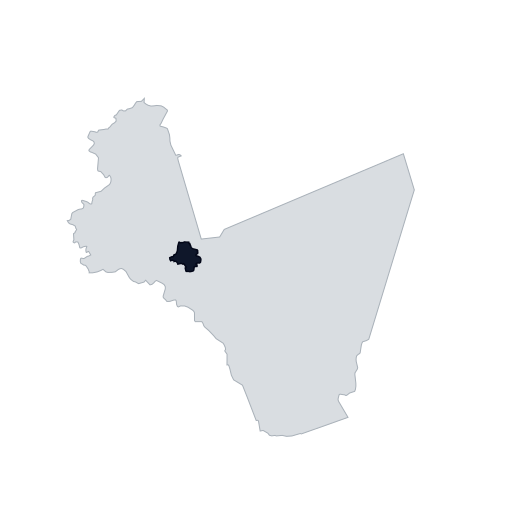 location of Tenenkou, Mopti, Mali, rotated 73°
{"feature_id": "8926073B19754802458169", "entity_name": "Tenenkou", "entity_type": "district", "adm_level": 2, "iso_a3": "MLI", "parent_name": "Mali", "parent_adm1": "Mopti", "projection": "albers", "projection_center": [-4.939, 14.587], "detail": "fine", "context": "in_parent", "style": "filled", "palette": "ink", "viewbox_px": 512, "rotation_deg": 73, "n_neighbors": 0, "source": "geoboundaries", "source_scale": "gbopen_adm2", "svg_char_len": 5266}
<svg xmlns="http://www.w3.org/2000/svg" viewBox="0 0 512 512"><g transform="rotate(73 256 256)"><path d="M91.0,372.8L91.2,371.1L89.7,369.8L89.7,369.2L90.6,364.2L90.6,362.9L91.3,360.4L90.3,359.2L90.1,358.3L87.9,355.0L87.2,352.2L86.1,350.3L83.3,349.7L82.3,351.2L81.6,351.4L80.6,350.3L80.2,349.3L80.3,348.4L76.8,344.0L77.1,341.6L78.5,340.4L79.1,338.4L77.9,336.1L78.1,333.9L78.0,330.8L76.0,328.0L74.7,326.7L73.5,324.8L74.6,320.4L72.6,316.7L76.5,318.2L78.4,316.9L80.3,315.1L81.9,312.6L82.6,309.6L83.0,306.9L84.7,302.8L86.6,300.8L90.6,298.1L91.6,298.4L97.8,304.7L101.3,307.9L102.6,309.6L103.8,309.7L105.6,306.7L107.6,304.1L108.4,303.5L114.7,303.3L118.0,303.9L121.0,304.7L125.1,305.0L136.2,303.3L136.4,302.1L136.2,300.6L136.7,299.5L137.7,298.5L138.4,298.3L138.7,301.8L139.6,302.3L142.2,302.5L223.8,303.4L227.2,285.2L221.3,278.6L201.3,85.2L239.1,85.3L245.6,89.7L368.6,172.5L369.2,175.2L369.2,179.0L370.2,180.1L372.0,181.3L379.0,184.7L379.6,185.4L379.9,186.9L380.8,188.8L382.3,189.8L384.0,190.5L386.1,191.0L392.5,191.4L393.8,192.2L396.7,195.5L398.2,196.1L406.8,197.7L409.6,198.5L412.6,199.9L414.3,201.2L414.4,206.5L415.7,209.9L415.7,210.8L414.4,212.2L414.1,213.2L412.7,216.0L413.0,217.1L416.1,219.0L417.6,219.6L419.3,219.5L437.2,215.2L439.4,264.7L438.7,265.5L438.6,274.3L437.4,279.5L435.2,283.4L434.0,289.2L433.1,290.3L432.6,293.6L431.3,295.6L429.0,296.4L424.9,300.2L424.6,303.2L414.7,301.9L414.0,302.0L413.6,302.4L413.4,303.9L388.0,305.7L375.6,306.7L367.9,313.6L362.8,314.4L356.4,314.0L353.2,314.0L351.9,314.4L351.7,315.6L341.5,312.4L337.7,313.6L337.1,313.2L336.6,312.5L334.8,312.1L331.9,312.4L329.8,312.9L323.4,318.3L320.0,319.7L313.6,322.9L309.1,325.7L307.5,326.3L305.0,326.4L302.9,327.0L301.1,333.1L299.9,333.7L292.1,331.4L290.6,331.7L289.2,332.5L285.0,336.1L282.9,338.9L281.7,342.7L282.0,345.2L281.2,345.9L279.2,346.1L275.6,345.4L274.5,345.7L274.1,347.6L274.2,351.7L273.4,354.5L271.3,355.3L269.6,356.4L268.3,356.8L267.2,356.5L261.0,352.4L258.9,351.7L256.5,352.2L254.3,354.0L250.3,358.3L250.7,359.9L251.8,361.6L252.7,363.8L252.6,365.8L246.9,368.6L248.2,370.7L248.1,376.4L245.5,378.9L244.5,380.6L242.0,382.4L239.8,383.4L232.8,384.9L230.0,386.7L228.7,388.1L228.4,389.7L228.6,391.5L230.0,395.2L229.5,398.6L228.4,402.5L227.3,404.2L224.0,406.2L224.5,408.8L224.8,412.5L224.3,417.3L223.3,420.5L222.5,420.1L219.4,420.3L216.0,421.3L214.8,422.1L214.5,423.2L211.6,425.7L209.7,425.6L207.9,424.9L207.0,424.2L206.9,423.8L208.0,421.7L208.1,421.0L207.0,417.3L207.2,416.4L206.7,413.7L202.7,414.7L202.6,415.2L203.1,417.0L202.8,417.3L201.4,417.2L199.6,416.6L197.5,415.0L197.0,415.5L196.8,416.8L196.7,418.3L197.2,421.1L196.6,422.1L193.4,421.9L190.7,422.2L190.1,423.2L189.8,424.3L190.4,425.5L190.3,426.0L189.2,426.8L188.7,426.7L187.2,425.4L181.3,424.0L180.8,422.2L180.2,422.1L178.3,419.8L177.5,419.9L176.8,420.2L174.6,420.1L172.5,422.0L171.0,424.4L169.4,425.6L167.0,426.1L167.4,424.5L166.7,422.4L161.6,419.7L160.8,418.5L159.6,412.4L159.7,410.7L160.0,409.1L159.9,407.8L159.4,406.9L157.9,406.0L156.3,405.5L154.2,406.7L153.3,406.9L152.3,406.8L151.9,406.3L152.0,405.7L154.2,402.5L155.3,401.2L157.5,399.6L158.0,398.8L158.1,398.2L157.9,397.7L156.5,397.1L154.3,395.6L153.1,395.4L152.1,394.7L151.1,392.3L150.6,391.8L149.6,391.6L148.6,391.0L148.8,385.2L146.7,380.9L144.9,375.4L143.9,374.1L142.2,372.9L140.1,372.1L138.2,371.9L136.0,372.5L136.0,373.0L137.2,374.8L137.4,375.7L137.2,376.7L136.7,377.3L133.8,377.9L129.9,379.8L128.6,382.1L127.7,382.3L126.2,382.0L116.0,377.9L111.7,379.5L108.8,382.8L108.1,383.9L106.7,384.9L106.0,384.9L105.3,384.2L102.4,378.9L101.1,377.7L99.5,377.6L98.1,378.4L96.6,380.1L94.8,381.6L93.6,382.1L92.6,381.8L88.5,378.2L88.3,377.4L90.3,373.4L91.0,372.8Z" fill="#d9dde1" stroke="#a8b0b8" stroke-width="1"/><path d="M242.4,328.3L242.2,328.0L242.1,327.5L242.3,327.3L243.3,327.0L243.8,326.7L244.1,326.7L244.4,326.7L244.7,326.6L245.0,326.5L245.2,326.4L245.5,326.2L245.9,326.2L246.3,326.3L246.5,326.4L246.7,326.7L246.8,327.2L248.2,327.3L249.9,327.4L250.3,327.2L251.0,324.9L251.6,324.0L251.8,322.9L251.9,321.5L251.8,320.2L251.2,319.6L249.2,318.7L248.1,318.1L248.7,315.5L247.4,315.0L247.2,315.3L246.7,315.8L246.2,315.9L245.9,315.7L245.6,314.9L245.7,313.3L246.2,312.2L246.0,311.5L245.8,311.0L244.9,310.5L244.1,310.1L242.8,309.6L240.8,310.0L239.9,310.9L239.0,311.9L238.5,313.0L237.7,313.2L237.0,312.7L236.7,311.9L236.6,311.1L235.8,310.9L235.7,310.7L235.0,310.9L234.6,310.5L234.4,310.3L234.2,310.2L233.0,310.4L232.2,311.7L230.6,314.4L229.1,315.6L227.4,315.5L226.8,315.7L226.6,315.6L226.0,315.8L225.9,315.7L225.7,315.8L225.4,315.7L225.2,316.0L224.9,315.9L224.9,316.0L224.7,316.0L224.4,316.2L224.3,316.4L224.1,316.5L224.0,316.4L223.9,316.4L223.7,316.3L223.4,316.3L223.2,316.2L223.0,316.5L222.4,318.5L221.6,320.4L221.8,321.4L221.9,322.2L221.5,322.8L221.3,324.4L220.4,325.1L220.3,325.7L223.7,327.9L227.9,329.6L229.3,330.6L230.8,332.0L231.0,334.2L232.5,335.3L232.1,336.6L232.4,339.0L234.1,339.3L235.6,339.0L235.5,338.5L235.5,338.3L235.5,338.0L235.5,337.3L235.8,337.0L236.1,336.6L236.4,335.9L236.7,335.7L236.9,335.4L237.1,335.4L237.3,335.6L237.5,334.1L237.9,334.0L238.3,333.8L238.6,333.5L238.8,333.4L239.0,333.4L239.5,333.3L239.9,333.1L240.1,333.1L240.4,333.0L240.5,333.0L240.9,333.1L241.0,332.4L241.0,331.7L241.2,329.6L242.4,328.3Z" fill="#0f172a" stroke="#020617" stroke-width="1.5"/></g></svg>